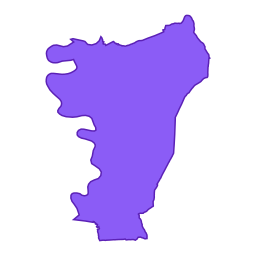 Buhoci, Bacau, Romania
{"feature_id": "2599482B2081503417481", "entity_name": "Buhoci", "entity_type": "district", "adm_level": 2, "iso_a3": "ROU", "parent_name": "Romania", "parent_adm1": "Bacau", "projection": "natural_earth1", "projection_center": [27.027, 46.571], "detail": "fine", "context": "isolated", "style": "filled", "palette": "violet", "viewbox_px": 256, "rotation_deg": 0, "n_neighbors": 0, "source": "geoboundaries", "source_scale": "gbopen_adm2", "svg_char_len": 5629}
<svg xmlns="http://www.w3.org/2000/svg" viewBox="0 0 256 256"><path d="M209.8,58.1L209.4,57.7L209.0,57.1L209.0,56.8L208.9,55.4L208.6,54.3L207.8,53.5L206.4,51.2L205.5,49.7L205.2,49.3L205.0,48.9L204.9,47.9L205.0,46.8L204.5,45.9L203.7,44.1L202.9,43.2L200.7,41.7L198.0,38.5L197.3,37.6L196.3,35.6L193.8,32.6L193.7,32.3L193.9,31.4L194.4,29.5L194.4,28.6L194.2,27.4L194.0,26.5L193.9,25.6L194.0,23.8L193.6,22.2L193.3,21.1L192.5,20.2L192.2,19.5L191.6,18.0L190.5,16.6L189.9,16.0L189.3,15.7L188.4,15.5L187.3,15.4L186.4,15.4L185.7,15.7L185.0,16.4L184.6,17.0L183.2,20.6L182.6,21.5L181.3,23.1L180.8,23.2L179.8,23.6L179.6,23.5L179.2,23.2L177.2,23.4L175.5,23.2L175.0,23.2L174.3,23.3L173.8,23.7L173.6,23.7L171.9,24.0L171.6,24.1L170.4,24.9L169.8,25.2L169.4,25.3L168.7,25.4L165.8,25.5L165.7,25.6L165.6,26.1L165.5,26.4L165.3,27.0L165.1,27.4L164.9,28.9L164.7,29.5L162.9,29.9L162.9,30.0L163.1,30.5L163.5,30.9L163.5,31.7L163.6,31.8L161.2,33.0L158.3,34.2L155.0,35.6L148.0,38.1L143.6,39.9L142.7,40.3L141.1,40.6L140.7,40.6L139.7,40.6L139.0,40.7L138.2,40.9L137.0,41.4L136.0,41.9L134.9,42.7L134.0,43.2L133.4,43.3L132.1,43.9L130.8,44.3L130.5,44.4L130.2,44.5L129.7,44.9L129.4,45.0L128.9,45.1L128.6,45.3L128.2,45.3L127.8,45.3L127.6,45.5L127.4,45.6L126.8,45.6L125.7,46.1L125.1,46.2L124.6,46.1L123.9,45.8L123.5,45.8L122.9,45.9L122.5,45.7L122.1,45.8L121.8,45.8L121.3,45.4L120.6,45.2L120.1,45.1L119.6,44.9L119.1,44.6L118.7,44.6L118.4,44.7L118.5,44.2L118.4,44.1L118.2,43.8L117.7,43.8L117.1,43.9L116.8,44.0L116.5,44.1L116.2,44.0L116.1,43.8L116.1,43.4L115.0,43.0L114.6,42.8L114.4,42.6L114.1,42.1L113.7,41.6L113.3,41.5L105.8,45.4L105.4,44.4L105.3,44.2L105.1,44.1L104.7,44.1L103.3,44.0L103.1,43.8L103.8,41.9L102.7,41.7L102.7,40.6L102.6,39.7L102.1,38.7L102.0,38.1L100.9,36.7L99.2,40.8L96.2,43.6L91.8,45.0L87.6,44.4L85.0,41.5L83.2,40.9L73.0,38.7L70.7,39.3L73.7,42.0L67.5,46.0L63.5,46.7L56.7,45.0L53.4,45.3L51.8,46.1L49.3,47.8L48.0,49.0L47.5,49.8L46.7,51.4L46.4,53.4L46.7,55.7L47.3,58.1L48.2,59.8L48.7,60.5L50.6,61.8L51.8,62.3L53.0,62.7L55.7,62.8L57.7,62.6L62.3,61.1L70.7,60.3L73.6,59.5L74.3,61.3L75.9,64.4L76.8,66.3L76.9,67.8L76.4,69.0L75.0,70.4L73.3,71.5L70.8,72.8L68.0,73.7L64.6,74.2L61.9,74.3L53.6,73.4L51.1,73.4L49.3,74.2L47.8,75.4L46.7,77.2L46.3,79.2L46.2,81.5L46.7,84.0L48.0,86.5L49.9,89.8L53.0,93.2L55.5,95.5L57.8,97.5L59.9,99.4L61.3,101.6L61.6,103.4L61.3,105.4L60.6,106.6L59.0,108.4L57.8,110.6L57.9,112.2L59.6,114.0L62.0,115.5L66.1,116.7L72.6,117.2L76.9,116.8L81.9,115.6L85.6,115.4L89.3,116.3L91.8,118.4L92.9,121.4L94.2,124.9L95.7,127.5L95.9,130.1L94.5,131.0L91.7,130.9L83.8,129.2L81.1,129.1L78.5,130.4L77.2,132.4L77.2,134.9L78.5,136.6L81.4,138.1L85.1,138.9L91.6,141.0L94.0,142.8L95.2,144.8L95.1,146.6L93.3,150.5L92.3,156.2L90.8,160.0L91.7,163.6L94.8,165.6L99.3,168.8L101.3,172.0L100.8,175.6L98.4,178.5L94.2,180.0L90.7,181.7L88.6,184.2L87.8,186.9L88.1,190.4L88.2,193.1L87.7,194.5L86.3,195.4L84.4,195.8L81.8,195.2L79.9,193.7L76.8,193.0L74.0,193.0L72.2,193.6L71.0,195.2L70.9,198.2L72.0,201.3L74.4,204.5L77.0,208.4L79.2,214.9L73.6,219.6L85.2,221.0L93.1,222.3L93.3,221.5L94.3,221.8L94.5,222.3L95.5,222.9L96.1,223.6L95.7,223.6L95.4,223.8L95.5,224.0L96.7,224.3L97.2,224.3L97.5,224.6L97.6,224.9L97.1,226.0L96.7,226.2L96.5,226.7L96.6,226.8L96.9,227.0L97.2,227.4L97.5,227.4L98.8,226.8L99.1,228.1L99.4,228.6L99.3,228.8L99.0,229.0L98.5,229.2L97.7,229.2L97.4,229.7L97.8,230.3L97.6,231.6L97.7,232.0L98.0,232.7L98.4,234.2L98.4,235.3L98.7,236.3L98.6,237.1L98.6,238.1L99.8,240.6L102.7,240.2L104.2,240.2L105.3,240.4L106.3,240.2L110.2,240.0L114.1,239.7L114.6,239.8L116.8,239.6L119.0,239.5L123.3,239.4L124.8,239.1L125.3,239.1L125.9,239.8L126.4,239.9L128.9,239.6L130.2,239.7L133.1,239.5L134.4,239.8L135.3,240.2L137.1,239.0L138.1,237.3L140.5,237.1L142.1,237.8L143.2,238.0L143.6,238.2L144.5,238.7L145.6,238.8L146.1,238.7L146.7,238.5L147.0,238.5L147.0,238.2L146.8,238.0L146.8,237.8L147.0,237.4L147.1,236.9L147.0,236.6L147.0,235.5L146.8,234.5L146.5,234.0L146.2,233.2L146.0,232.8L145.4,232.1L145.0,231.5L144.9,231.0L144.4,229.8L143.5,228.6L143.2,228.0L142.9,227.6L142.3,226.2L142.2,225.7L142.1,225.1L142.2,224.5L142.0,224.0L141.5,222.7L141.3,221.2L141.1,220.6L140.9,220.1L140.7,219.6L140.0,218.6L139.5,218.3L139.2,217.8L139.2,217.4L139.2,216.3L139.1,215.6L139.2,215.2L138.4,214.1L138.9,213.6L140.5,213.2L141.5,213.3L143.3,213.2L143.6,212.8L144.4,212.2L144.7,212.1L145.5,211.9L146.2,211.5L147.1,210.8L148.0,209.7L148.8,209.1L149.5,208.6L151.0,207.7L151.4,207.3L152.4,206.7L153.1,206.4L153.3,206.0L153.3,205.5L153.2,204.7L153.1,201.6L153.2,201.2L153.8,199.9L154.1,199.0L154.1,198.5L154.1,198.2L154.3,197.2L154.2,195.3L154.3,194.7L154.3,192.9L154.4,192.1L154.5,190.8L154.6,190.1L155.1,189.3L155.8,188.5L156.3,187.6L156.9,186.7L157.0,186.4L157.5,185.4L157.5,185.1L157.4,184.1L157.1,184.0L157.9,182.8L158.1,182.3L158.7,181.3L159.1,180.8L160.0,179.0L160.7,178.1L161.7,175.8L162.6,174.0L164.7,170.1L166.3,167.0L167.1,165.5L167.6,164.6L168.4,162.9L169.0,162.0L169.3,161.5L169.7,160.5L170.7,158.9L171.5,157.4L172.3,156.0L172.6,155.2L173.4,153.7L173.6,153.1L174.1,145.4L174.2,143.8L174.7,134.8L175.3,118.4L175.2,117.6L177.6,112.6L178.6,110.4L178.9,109.6L181.7,103.9L184.4,97.7L184.8,97.0L185.3,96.2L185.8,95.9L186.3,95.3L186.7,94.6L187.2,93.9L187.7,93.5L188.4,93.0L188.9,92.8L189.2,92.5L189.5,91.9L190.1,91.0L191.6,89.0L192.1,88.3L192.6,87.9L193.6,86.6L194.3,85.8L194.8,85.3L195.7,84.7L197.1,83.9L199.9,82.2L201.0,81.4L201.7,80.5L203.2,79.0L203.6,78.6L205.3,77.8L206.0,77.6L207.0,77.5L207.4,77.2L207.7,76.6L207.8,75.9L207.9,73.9L207.8,73.4L207.8,72.4L208.0,67.0L208.2,66.5L208.3,65.0L208.6,63.2L208.7,61.0L208.8,59.8L208.9,58.7L209.8,58.1Z" fill="#8b5cf6" stroke="#5b21b6" stroke-width="1.5"/></svg>